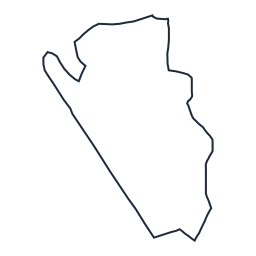 the district of Al-Hindiya, Karbala', Iraq
{"feature_id": "34846034B69940766405797", "entity_name": "Al-Hindiya", "entity_type": "district", "adm_level": 2, "iso_a3": "IRQ", "parent_name": "Iraq", "parent_adm1": "Karbala'", "projection": "natural_earth1", "projection_center": [44.226, 32.466], "detail": "fine", "context": "isolated", "style": "outline", "palette": "slate", "viewbox_px": 256, "rotation_deg": 0, "n_neighbors": 0, "source": "geoboundaries", "source_scale": "gbopen_adm2", "svg_char_len": 1551}
<svg xmlns="http://www.w3.org/2000/svg" viewBox="0 0 256 256"><path d="M175.9,71.3L175.1,71.2L168.7,70.3L168.0,65.8L167.6,64.5L167.5,59.8L167.3,53.6L168.2,48.0L168.9,40.1L168.9,35.8L168.9,30.4L168.9,28.1L168.0,23.3L168.3,21.4L168.0,18.8L166.6,18.8L165.7,19.3L164.1,19.1L157.0,18.6L155.6,18.0L153.5,16.9L152.8,16.5L152.5,15.4L149.3,16.4L140.4,19.3L133.4,21.5L126.4,22.5L119.6,23.8L112.1,24.4L106.1,24.1L98.8,23.8L93.1,26.6L88.7,29.8L83.7,34.0L79.3,38.4L74.6,41.9L74.7,42.5L76.4,51.2L77.7,57.2L80.6,61.7L85.5,65.9L81.9,73.2L78.8,81.2L75.1,79.3L69.4,74.5L64.2,68.7L60.1,62.4L56.9,56.3L52.3,53.4L47.6,52.1L43.4,57.6L43.4,64.3L44.7,70.3L48.1,75.7L53.3,83.4L55.8,87.3L58.2,91.1L63.9,100.0L70.4,108.6L72.4,113.9L94.1,146.2L110.1,171.5L127.9,198.2L135.9,209.3L144.8,223.7L154.0,237.6L154.4,237.5L161.2,235.3L171.4,232.0L176.2,230.8L179.6,229.3L182.3,231.2L184.6,233.3L188.3,235.9L192.7,239.3L194.7,240.6L195.6,238.6L197.1,236.1L199.1,233.1L201.6,227.6L203.9,222.9L207.1,215.5L209.6,210.8L211.2,208.2L210.0,204.8L208.7,200.9L206.8,196.6L205.8,193.2L205.9,191.2L205.9,188.0L205.9,185.9L205.9,182.0L205.9,179.0L205.9,174.7L205.9,169.2L205.8,164.2L207.2,160.6L208.6,158.2L209.6,156.1L211.5,153.1L212.6,150.9L212.6,147.3L212.6,142.1L212.4,139.4L209.8,135.7L207.3,133.1L204.5,129.5L203.1,127.3L199.3,124.3L193.2,118.3L191.6,115.1L190.2,111.0L188.4,105.7L187.2,103.5L188.1,101.0L189.8,99.9L191.6,97.3L192.1,96.3L192.1,94.5L191.8,91.5L191.8,87.9L191.8,83.0L191.8,78.2L190.9,77.0L187.7,74.4L182.5,72.9L175.9,71.3Z" fill="none" stroke="#1e293b" stroke-width="2"/></svg>